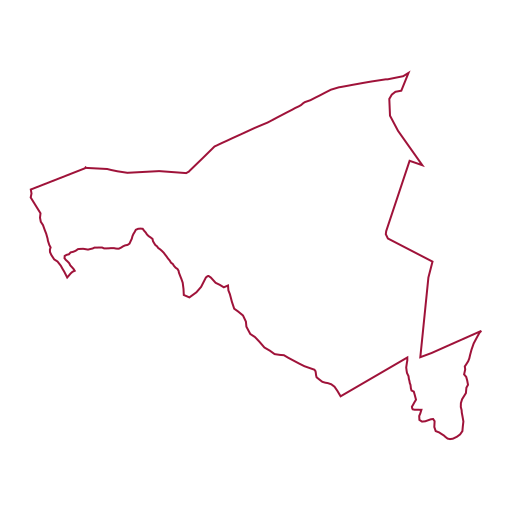 the district of Santa Catarina Yosonotú, Oaxaca, Mexico
{"feature_id": "50627088B97358550185776", "entity_name": "Santa Catarina Yosonotú", "entity_type": "district", "adm_level": 2, "iso_a3": "MEX", "parent_name": "Mexico", "parent_adm1": "Oaxaca", "projection": "albers", "projection_center": [-97.679, 17.005], "detail": "fine", "context": "isolated", "style": "outline", "palette": "rose", "viewbox_px": 512, "rotation_deg": 0, "n_neighbors": 0, "source": "geoboundaries", "source_scale": "gbopen_adm2", "svg_char_len": 3449}
<svg xmlns="http://www.w3.org/2000/svg" viewBox="0 0 512 512"><path d="M30.8,189.5L31.5,193.5L30.7,197.5L40.5,213.3L40.0,217.7L40.8,221.8L43.0,225.1L44.7,229.9L46.2,233.7L47.6,238.7L47.9,240.7L49.3,245.0L50.6,247.4L49.9,249.6L50.0,252.1L51.4,255.1L54.2,259.4L57.5,261.5L60.8,265.7L62.4,268.6L64.2,271.6L67.2,277.5L70.7,273.4L72.5,271.8L74.7,270.8L73.6,269.0L71.9,267.1L70.3,265.4L69.2,263.2L67.6,261.5L65.8,259.9L64.5,258.2L64.7,255.9L66.7,254.8L68.9,254.3L70.6,252.4L73.2,251.8L75.6,250.8L78.0,249.1L80.5,248.9L83.2,248.8L85.7,249.2L88.0,249.6L90.0,249.1L92.6,248.5L94.5,247.6L97.1,247.6L99.5,247.5L102.0,247.5L104.1,248.4L106.5,248.4L108.9,248.3L111.4,248.1L113.8,248.1L116.2,248.6L118.8,248.7L121.1,247.6L123.1,246.3L125.1,245.4L127.6,244.9L129.5,243.6L130.6,241.2L131.8,238.7L132.4,236.3L133.4,234.0L134.6,232.1L135.8,229.8L138.1,228.8L140.4,228.6L142.7,228.8L144.0,230.6L145.7,232.5L146.9,234.4L148.6,236.1L150.7,237.5L152.5,238.9L153.0,241.2L154.1,243.1L155.3,245.0L157.0,246.3L158.2,248.0L160.2,249.4L161.9,250.9L163.7,252.7L165.1,254.6L166.6,256.5L167.9,258.4L169.7,260.5L171.0,262.7L172.8,264.0L174.0,265.9L175.6,267.7L177.5,269.0L178.6,270.9L178.9,272.6L180.8,277.5L181.3,278.7L182.7,282.7L183.5,289.0L183.8,295.0L189.4,297.4L196.4,292.3L201.1,286.9L205.9,277.5L207.4,276.3L208.1,276.0L208.6,276.0L210.8,277.5L215.6,282.8L219.7,284.8L223.8,287.3L228.0,285.5L228.4,290.4L229.9,294.2L231.9,301.8L234.2,308.7L238.0,311.4L243.0,315.5L245.9,321.6L246.4,326.7L250.3,334.0L255.0,337.1L259.3,341.6L264.4,347.5L269.9,350.7L274.6,354.1L279.9,354.9L283.9,355.2L288.3,357.8L292.8,360.2L299.4,363.7L304.4,366.2L314.4,369.7L315.5,371.2L315.8,372.9L316.1,375.4L316.6,377.3L319.2,379.4L322.3,381.8L325.3,382.7L327.8,383.1L331.3,384.3L334.5,386.7L337.4,390.9L340.6,396.3L407.3,357.5L407.3,360.5L406.9,362.7L406.2,367.5L406.6,370.7L407.0,373.0L408.5,376.1L408.9,379.1L409.4,380.8L409.8,383.1L410.5,384.9L410.9,388.4L411.5,390.5L413.8,391.6L414.8,395.1L416.0,399.7L414.3,402.5L413.0,404.9L411.9,406.7L412.1,408.0L412.7,409.3L414.4,409.7L421.4,409.8L420.3,413.4L419.2,416.0L419.4,419.9L422.0,421.6L425.2,421.3L430.8,419.3L433.1,419.0L434.6,421.2L434.3,427.0L435.7,431.1L439.1,432.4L441.2,433.8L443.9,435.5L445.4,436.9L447.6,438.6L450.0,439.1L452.9,438.7L456.4,437.0L457.0,436.7L460.1,434.4L462.4,431.1L462.8,426.6L463.4,421.5L462.5,416.4L461.8,412.7L461.6,410.1L460.8,407.0L460.9,403.1L462.1,399.2L465.9,393.1L466.4,387.7L468.0,384.8L467.2,380.5L466.2,376.9L464.1,374.4L465.2,369.4L464.8,366.4L466.0,364.7L468.2,361.2L469.3,358.4L470.1,354.9L471.5,349.7L473.7,343.4L477.4,336.5L479.5,332.7L481.3,330.9L447.5,345.9L431.6,353.0L420.3,357.2L422.3,337.7L428.4,277.5L432.5,261.6L387.9,238.5L385.8,234.2L386.2,231.1L409.6,160.8L422.3,165.2L398.0,130.8L390.0,115.7L389.3,98.9L391.8,94.6L395.4,91.8L401.3,90.7L408.5,72.9L403.2,76.2L397.7,77.3L396.2,77.6L387.8,79.3L385.9,79.3L372.1,81.4L368.5,82.0L363.3,82.9L356.7,84.1L352.2,84.9L348.6,85.6L340.9,87.0L338.9,87.3L330.9,89.7L325.0,92.7L319.3,95.7L316.0,97.3L310.4,100.2L304.9,102.1L303.3,103.1L302.4,103.9L301.0,105.1L298.7,106.4L295.2,108.0L292.0,109.8L286.3,112.7L277.5,117.3L267.5,122.6L262.4,124.7L254.8,127.9L251.1,129.6L248.3,130.9L238.5,135.4L232.3,138.2L227.0,140.7L222.1,142.9L214.5,146.5L201.4,159.4L189.6,170.8L188.9,171.6L187.6,172.3L186.2,173.1L159.2,171.1L127.4,172.8L117.5,171.3L111.2,170.0L107.2,169.0L86.1,167.9L85.6,167.4L84.9,168.3L30.8,189.5Z" fill="none" stroke="#9f1239" stroke-width="2"/></svg>